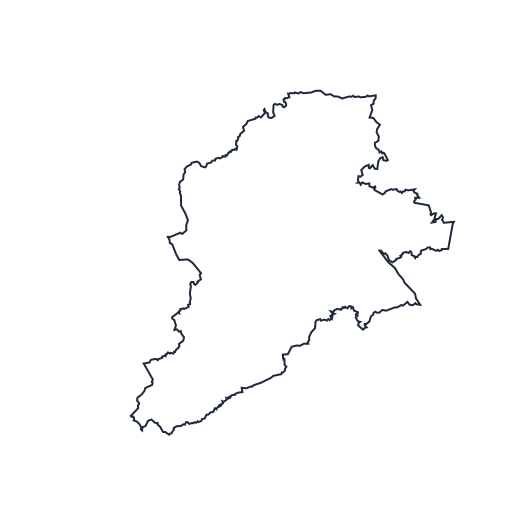 the district of Kabin Buri, Prachin Buri, Thailand, rotated 60°
{"feature_id": "78962969B13244714899487", "entity_name": "Kabin Buri", "entity_type": "district", "adm_level": 2, "iso_a3": "THA", "parent_name": "Thailand", "parent_adm1": "Prachin Buri", "projection": "orthographic", "projection_center": [101.817, 13.854], "detail": "fine", "context": "isolated", "style": "outline", "palette": "slate", "viewbox_px": 512, "rotation_deg": 60, "n_neighbors": 0, "source": "geoboundaries", "source_scale": "gbopen_adm2", "svg_char_len": 6088}
<svg xmlns="http://www.w3.org/2000/svg" viewBox="0 0 512 512"><g transform="rotate(60 256 256)"><path d="M380.3,138.2L372.8,138.7L368.2,137.1L353.4,140.7L349.5,140.3L343.0,141.7L335.9,141.7L327.8,144.5L313.1,146.4L313.6,145.2L318.3,144.2L318.3,142.7L321.0,142.0L326.2,142.8L329.7,141.1L329.5,136.6L328.7,136.1L329.6,131.9L329.3,130.6L328.0,130.8L327.9,128.5L326.8,127.5L327.5,124.0L329.7,122.4L328.9,120.2L330.3,119.5L333.1,120.7L335.1,119.1L337.3,119.1L336.6,118.0L337.5,116.8L336.4,114.6L336.6,112.4L333.9,110.4L335.0,105.3L334.5,102.8L335.6,101.0L337.3,101.6L337.7,100.1L341.6,97.4L341.5,95.4L343.3,94.9L343.7,92.2L342.9,91.6L346.0,86.0L326.7,69.7L325.3,67.6L321.2,76.7L317.7,76.7L316.2,74.8L313.5,74.8L315.0,79.6L314.0,81.6L316.3,83.5L315.0,86.9L313.3,83.2L309.1,78.8L308.2,80.0L308.2,84.0L307.2,84.1L306.6,82.8L298.5,81.1L289.1,92.2L287.8,91.9L286.9,89.5L285.2,89.0L287.2,85.5L283.8,86.0L282.8,85.1L280.3,87.0L278.3,87.1L277.6,85.2L275.4,91.1L273.3,93.5L274.4,94.9L273.6,96.6L274.4,98.1L272.3,98.7L272.3,99.7L270.2,100.9L268.3,100.8L267.0,104.5L265.7,105.4L264.8,111.5L265.7,112.4L266.1,115.5L258.4,120.2L256.8,120.2L256.4,118.4L255.3,118.2L255.1,120.6L252.3,122.9L249.8,121.6L248.5,125.0L245.5,127.1L246.6,129.7L244.4,129.5L243.3,131.3L243.1,129.9L241.1,129.8L238.1,127.2L239.5,126.0L239.2,123.1L234.2,121.9L232.9,117.4L233.4,112.8L236.2,114.2L237.0,113.6L235.7,109.5L239.8,109.5L241.3,107.5L235.1,102.6L233.4,99.6L233.7,96.9L236.6,97.8L238.8,95.5L238.9,93.9L231.3,93.5L230.5,93.8L230.3,95.4L228.2,95.1L228.1,97.2L225.8,96.6L222.3,98.1L219.5,97.7L217.4,96.3L217.5,92.6L214.1,89.9L209.2,89.7L206.6,87.6L204.3,83.0L200.3,84.8L195.1,85.3L192.9,88.4L187.8,82.3L182.9,81.0L182.9,77.9L180.5,76.6L179.2,73.5L176.7,72.0L174.4,78.1L172.7,79.3L173.2,80.8L170.9,86.1L169.3,87.2L167.6,91.1L165.7,91.8L165.9,93.7L164.4,95.6L162.7,102.6L159.0,105.2L156.8,108.5L153.1,110.6L151.3,115.0L145.1,117.5L142.8,121.7L141.9,126.8L138.6,133.7L136.3,135.4L136.6,137.7L133.8,140.5L134.2,141.2L131.9,145.4L132.3,146.5L131.7,147.0L135.2,147.7L134.5,151.3L133.7,151.7L134.2,153.9L136.5,154.6L136.8,153.9L139.2,153.8L140.9,154.8L141.3,157.2L140.1,158.2L138.4,157.7L136.0,159.8L135.7,162.0L133.7,163.6L134.2,165.4L140.1,169.3L144.0,169.9L144.2,173.6L142.6,175.7L140.6,175.8L138.6,174.4L136.0,175.8L133.1,175.2L133.5,176.3L136.7,176.8L138.5,182.4L136.1,183.8L136.8,185.4L135.9,187.1L136.8,187.9L135.0,195.6L136.9,198.4L137.7,202.7L141.5,203.7L142.5,208.7L144.0,210.1L144.1,212.3L145.3,212.5L146.9,214.6L146.4,215.4L149.7,217.7L151.7,217.4L154.3,219.8L152.8,220.4L153.3,221.7L152.1,223.4L153.2,225.4L152.4,226.0L153.2,227.3L152.6,228.2L154.1,230.2L153.7,231.5L154.4,231.3L154.7,232.8L152.8,234.8L153.6,235.4L153.4,238.5L152.2,239.4L151.6,242.7L152.8,243.6L151.6,246.1L152.6,248.2L151.5,252.1L153.6,254.6L153.7,256.0L150.7,258.6L147.0,258.5L144.7,260.0L143.1,265.2L144.2,266.6L144.0,271.1L145.0,274.4L148.0,275.4L149.2,278.0L153.3,280.8L153.8,284.9L156.2,287.2L158.8,288.0L159.5,289.4L161.9,289.2L163.5,290.6L166.0,290.7L174.9,295.7L183.5,295.9L190.9,297.0L194.8,301.3L199.0,303.5L200.0,308.9L198.0,309.9L196.7,320.4L195.4,322.8L198.7,322.8L201.8,324.1L203.8,322.7L214.7,324.3L221.1,324.4L224.9,316.7L230.3,314.3L243.4,312.2L244.2,314.2L248.7,315.4L248.9,319.4L249.8,319.4L250.7,322.8L249.5,323.7L247.3,323.2L246.2,325.0L247.4,327.1L249.5,327.4L255.7,332.2L260.1,333.7L262.4,336.1L264.8,337.2L264.3,339.3L266.4,339.8L265.9,344.8L265.0,345.2L264.2,348.3L265.4,348.7L265.4,350.6L267.0,351.1L266.1,351.6L267.0,359.2L268.3,359.8L270.8,358.8L276.2,360.1L279.2,363.6L280.0,361.1L283.0,360.6L283.4,358.7L285.9,359.5L290.5,359.0L293.0,361.4L293.7,366.8L295.9,367.5L296.6,368.7L297.4,372.6L298.6,374.1L298.0,374.8L299.2,376.4L297.2,378.2L297.5,379.3L295.5,380.5L296.6,382.9L296.1,383.4L297.5,384.4L296.6,385.0L296.2,387.5L297.3,388.0L296.5,392.2L297.1,393.1L295.1,394.1L293.7,397.9L293.5,399.4L295.0,401.4L293.0,407.0L311.5,407.1L312.9,409.3L314.1,408.9L315.7,410.4L315.0,417.9L317.1,420.1L318.8,424.5L319.4,429.5L321.8,431.3L324.6,430.8L325.9,431.5L326.5,433.1L328.9,434.1L331.8,444.4L333.4,443.8L333.7,442.6L335.7,442.7L337.2,444.1L339.8,442.0L343.2,441.0L347.4,441.1L348.5,442.3L350.1,441.8L347.5,440.1L348.0,436.7L344.8,432.0L345.3,428.4L349.8,426.9L351.7,424.7L352.7,425.5L356.0,424.4L361.9,424.5L363.0,422.7L367.3,420.6L366.7,419.8L367.3,417.9L365.0,413.7L363.8,413.2L363.8,409.7L365.7,406.0L365.4,403.1L366.5,401.9L364.9,399.7L365.5,398.5L368.1,397.7L368.7,394.7L369.7,393.7L369.2,392.3L370.6,390.9L370.0,389.3L371.0,388.8L371.5,385.8L370.2,384.2L371.1,381.7L368.7,378.3L369.5,376.6L368.7,373.7L369.6,370.9L367.6,368.2L368.7,367.2L367.9,367.1L368.5,366.5L367.4,363.6L368.0,363.6L368.0,361.2L366.9,361.5L367.0,358.2L365.0,357.7L366.0,357.0L365.9,354.0L365.5,353.0L364.0,352.6L364.9,351.7L364.7,350.5L365.4,350.6L364.8,349.4L365.7,349.2L364.4,346.8L365.7,343.5L365.0,343.0L365.4,339.8L367.1,335.8L363.0,334.3L365.8,330.5L366.4,325.6L367.3,324.6L366.7,322.7L368.3,314.8L369.0,303.8L368.4,301.0L371.0,293.1L369.8,291.9L370.4,290.7L369.6,288.1L368.0,287.1L367.2,285.1L364.5,285.6L360.0,283.2L359.5,283.9L358.9,283.0L358.0,283.6L354.8,282.1L357.0,277.5L352.4,270.5L354.0,265.2L355.7,263.0L355.9,258.4L358.1,254.6L356.6,254.4L355.5,252.0L352.6,250.4L349.8,246.4L348.0,241.0L342.6,237.2L341.9,235.6L342.8,231.9L344.4,232.2L345.4,228.5L347.4,226.9L346.8,224.9L348.4,224.3L347.8,222.4L348.6,221.9L346.4,220.0L346.2,221.7L345.1,221.6L345.3,217.0L343.7,218.6L341.4,218.8L343.2,217.0L342.1,215.0L342.6,211.8L345.0,209.4L344.2,208.7L344.7,207.2L343.7,206.5L345.2,205.1L344.6,204.2L347.0,203.0L345.9,200.3L347.2,198.9L348.9,199.5L348.6,197.7L352.1,198.5L355.7,195.8L356.7,196.6L356.4,198.7L357.2,199.1L358.5,198.1L359.1,200.4L363.5,200.4L365.1,198.7L365.4,200.5L367.1,202.3L373.3,200.1L372.6,197.6L373.1,195.9L370.3,196.5L369.2,195.8L370.1,194.6L369.4,190.6L365.8,186.7L365.5,183.9L364.0,182.6L363.8,180.7L365.7,179.5L366.7,177.4L365.9,173.5L368.4,170.7L370.0,161.2L371.1,159.6L371.1,154.6L372.5,153.5L371.5,147.8L374.9,147.4L377.0,144.8L376.5,141.6L377.8,141.4L380.3,138.2Z" fill="none" stroke="#1e293b" stroke-width="2"/></g></svg>